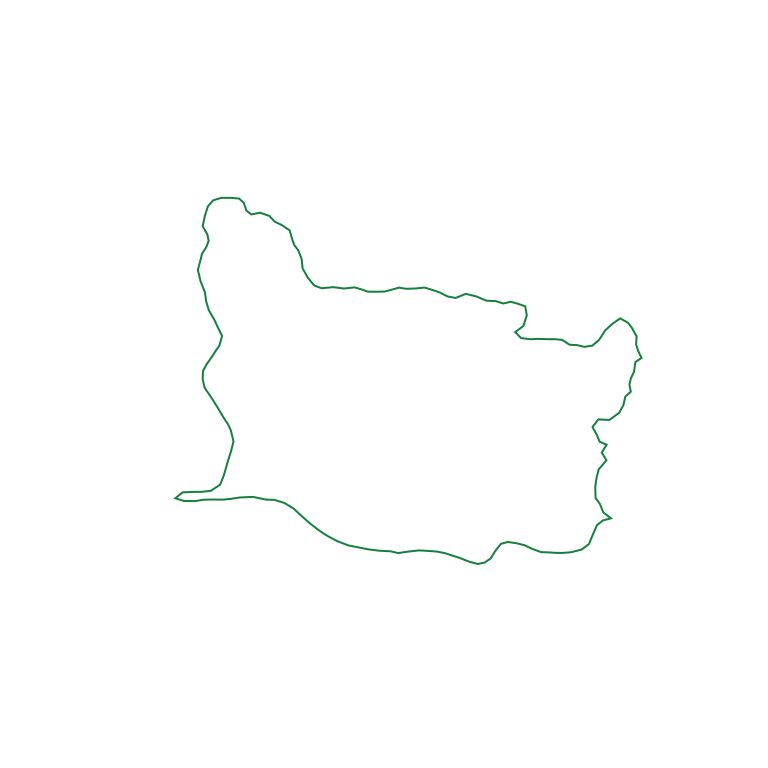 Periquito, Minas Gerais, Brazil, rotated 56°
{"feature_id": "56859067B61027947729377", "entity_name": "Periquito", "entity_type": "district", "adm_level": 2, "iso_a3": "BRA", "parent_name": "Brazil", "parent_adm1": "Minas Gerais", "projection": "albers", "projection_center": [-42.236, -19.085], "detail": "fine", "context": "isolated", "style": "outline", "palette": "green", "viewbox_px": 768, "rotation_deg": 56, "n_neighbors": 0, "source": "geoboundaries", "source_scale": "gbopen_adm2", "svg_char_len": 2325}
<svg xmlns="http://www.w3.org/2000/svg" viewBox="0 0 768 768"><g transform="rotate(56 384 384)"><path d="M151.8,446.1L161.1,446.8L167.3,449.3L171.2,454.9L174.3,462.1L179.4,467.7L185.3,474.5L195.9,478.5L207.8,481.2L216.0,485.2L225.0,488.0L235.6,488.7L244.2,490.1L253.6,491.3L260.2,499.2L262.6,505.5L265.7,512.7L268.4,519.9L271.9,526.7L278.4,531.5L286.7,534.8L298.4,534.7L310.9,535.1L322.2,535.8L330.1,535.8L336.8,536.9L347.5,540.9L354.1,548.3L361.6,557.7L369.9,567.5L375.8,576.1L375.7,587.3L371.3,595.7L367.1,602.0L361.3,611.4L362.0,620.9L368.9,615.5L375.4,606.2L378.8,598.7L384.0,590.6L389.8,582.2L393.7,574.9L397.5,566.9L404.3,555.8L413.8,546.5L418.9,539.5L427.2,532.9L437.1,528.5L447.9,526.0L457.9,523.4L467.1,520.4L474.5,517.6L480.7,514.6L488.2,510.6L497.9,503.8L505.6,496.1L512.4,489.4L519.7,481.0L526.2,472.3L532.1,466.8L536.7,457.2L541.5,448.1L546.6,441.3L552.8,433.5L558.3,428.1L563.8,423.8L570.8,418.3L579.4,412.4L585.6,406.9L588.3,400.6L588.3,393.1L584.6,385.0L581.9,376.3L584.2,369.7L590.1,363.2L596.3,357.6L604.0,353.0L611.2,347.8L615.4,342.0L619.4,336.9L623.6,330.9L628.0,323.2L631.8,312.7L631.3,303.6L626.0,295.6L620.1,286.4L619.5,278.8L622.3,271.0L613.0,274.0L604.4,272.1L596.7,272.3L587.3,266.3L580.5,260.1L574.9,253.9L571.6,242.2L562.6,241.8L558.8,233.4L552.5,237.5L544.3,235.9L536.3,235.2L533.2,226.1L539.8,217.3L539.4,205.2L535.3,197.2L529.4,191.0L528.4,183.7L521.8,180.9L517.2,176.0L513.9,170.2L506.4,163.2L506.4,155.9L498.7,154.8L492.2,152.9L485.9,148.0L476.6,147.1L469.6,147.5L461.7,151.5L461.8,160.3L463.2,170.6L467.6,180.7L468.7,189.7L465.2,197.2L459.9,202.0L455.2,208.2L447.1,211.6L442.4,217.3L438.7,222.8L433.1,230.5L428.8,237.5L422.6,244.7L414.4,246.2L413.8,235.9L406.9,227.2L398.6,223.5L392.0,228.4L386.7,232.9L384.0,240.0L377.8,245.0L372.3,252.4L363.0,258.5L355.0,265.8L352.7,276.5L347.0,282.3L339.1,286.7L331.8,292.3L326.7,296.5L322.3,304.7L317.3,312.6L312.6,317.5L310.4,324.0L307.8,331.6L303.3,338.7L298.3,345.9L292.8,349.9L287.5,354.3L282.5,363.7L275.2,372.1L269.8,382.1L263.3,386.8L253.2,387.7L242.5,386.8L234.6,382.5L225.3,380.3L218.7,380.7L212.4,379.1L203.8,376.3L194.9,380.0L188.3,383.8L180.4,385.1L172.7,391.0L169.2,399.2L163.1,401.1L155.5,398.9L149.3,400.4L144.2,406.6L138.6,415.0L136.2,423.0L138.3,430.7L144.1,438.1L151.8,446.1Z" fill="none" stroke="#15803d" stroke-width="2"/></g></svg>